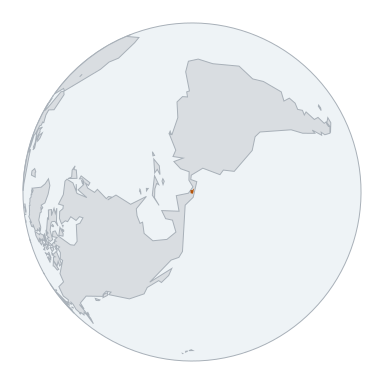 Cartago on an orthographic globe, rotated 253°
{"feature_id": "CRI-1327", "entity_name": "Cartago", "entity_type": "Province", "adm_level": 1, "iso_a3": "CRI", "parent_name": "Costa Rica", "parent_adm1": "", "projection": "orthographic", "projection_center": [-83.788, 9.802], "detail": "fine", "context": "on_globe", "style": "filled", "palette": "amber", "viewbox_px": 384, "rotation_deg": 253, "n_neighbors": 0, "source": "natural_earth", "source_scale": "10m", "svg_char_len": 8122}
<svg xmlns="http://www.w3.org/2000/svg" viewBox="0 0 384 384"><g transform="rotate(253 192 192)"><circle cx="192" cy="192" r="169" fill="#eef3f6" stroke="#a8b0b8"/><path d="M208.3,196.2L204.3,194.5L200.5,199.6L186.6,191.6L181.4,181.6L137.9,165.5L133.3,160.3L133.0,152.1L118.1,125.2L124.8,150.3L119.0,145.3L114.4,136.3L117.0,134.2L113.8,121.3L108.6,116.4L108.1,100.9L118.2,82.4L119.9,85.3L122.2,81.0L120.2,77.3L118.3,76.1L123.4,60.3L118.5,52.8L111.7,54.6L117.4,51.4L100.9,58.2L94.9,59.2L104.9,55.7L108.5,53.7L106.0,52.8L109.1,50.6L109.7,49.2L113.7,46.8L119.2,45.5L121.9,44.1L120.0,43.7L122.7,41.5L125.1,42.2L130.2,38.5L140.4,37.0L143.6,42.9L152.5,41.9L164.4,48.3L166.6,46.5L172.5,48.4L177.2,47.2L178.1,49.3L181.1,46.6L179.4,45.0L180.1,43.4L182.7,42.7L184.3,45.0L183.2,45.7L185.0,46.1L184.7,47.6L186.3,46.4L187.9,49.6L190.2,45.6L194.8,47.4L194.8,49.8L189.7,50.7L177.1,60.3L175.5,63.9L178.4,67.7L194.6,71.8L194.9,75.7L199.2,80.2L201.3,77.2L198.7,72.8L203.8,68.8L200.0,64.4L201.5,62.4L199.8,57.9L205.5,57.5L212.1,59.8L213.8,63.7L216.7,65.0L219.5,60.8L227.1,68.2L239.5,73.7L240.8,76.1L235.5,80.8L224.3,81.6L217.4,89.8L227.4,83.7L230.7,90.5L233.5,91.6L236.6,91.0L237.5,88.2L239.8,90.7L230.7,97.1L228.5,94.9L231.4,92.8L226.2,93.4L220.1,98.7L222.2,102.3L210.7,108.1L212.1,110.9L210.4,114.0L209.0,109.0L211.3,118.4L198.2,129.7L201.1,147.1L192.2,133.8L185.4,132.5L177.2,133.1L177.6,135.9L166.4,134.1L156.8,140.3L154.0,154.2L158.4,164.9L170.8,165.1L174.2,159.0L183.1,157.6L177.4,174.0L193.1,175.9L191.9,188.2L196.6,194.4L204.2,192.5L212.2,195.2L217.6,187.9L226.4,183.6L227.0,193.5L231.5,184.2L236.7,188.7L253.9,187.3L252.7,189.6L267.3,200.2L282.5,204.0L286.0,210.8L284.2,215.5L289.3,216.2L289.4,219.1L308.8,221.1L318.1,226.8L317.3,236.8L308.6,249.4L298.6,273.8L282.4,283.1L276.8,292.6L261.7,306.6L252.1,306.5L253.3,312.5L246.8,316.6L240.1,317.2L237.8,321.5L232.8,321.9L235.2,324.5L225.6,330.2L226.5,334.3L219.0,338.5L219.8,340.7L217.6,340.8L214.8,341.7L214.1,343.0L207.9,341.1L207.9,335.8L211.4,333.0L208.4,332.6L216.0,325.1L212.2,326.7L215.8,315.1L222.5,305.0L229.5,274.6L226.4,268.5L214.1,261.7L199.4,238.4L203.8,228.4L200.4,223.8L211.6,209.3L208.3,196.2ZM40.1,146.5L41.2,142.6L41.4,145.2L40.1,146.5ZM41.3,140.2L41.0,141.5L41.1,140.4L41.3,140.2ZM41.0,139.4L41.2,140.0L40.8,139.7L41.0,139.4ZM40.4,138.7L40.8,138.9L40.7,139.0L40.4,138.7ZM200.6,153.1L218.5,160.9L208.7,162.4L210.5,160.7L205.9,157.4L197.4,154.5L188.8,156.6L200.6,153.1ZM40.1,136.5L40.1,135.9L40.5,135.7L40.1,136.5ZM207.7,143.1L204.6,142.5L207.6,142.4L207.7,143.1ZM117.0,76.0L119.8,77.6L120.5,81.9L117.8,80.8L117.0,76.0ZM116.3,68.6L118.5,68.4L115.7,72.4L115.3,71.3L116.3,68.6ZM106.1,56.7L107.8,57.1L105.1,57.5L106.1,56.7ZM109.1,49.4L107.6,50.1L108.6,49.1L109.1,49.4ZM196.7,58.4L198.2,58.2L197.8,59.1L196.7,58.4ZM194.6,56.9L193.0,58.2L191.7,57.7L192.7,56.9L194.6,56.9ZM115.4,44.7L117.4,43.1L116.4,44.4L115.4,44.7ZM196.8,55.4L189.7,56.6L187.5,55.7L189.5,52.0L196.8,55.4ZM119.2,42.0L123.8,38.8L121.0,39.8L131.7,35.5L124.2,39.4L123.4,40.7L121.8,40.8L119.2,42.0ZM177.7,44.9L179.6,46.5L175.6,45.9L177.7,44.9ZM174.9,44.9L161.5,46.2L160.0,43.8L164.8,43.7L160.9,41.5L166.7,39.6L170.2,40.4L170.0,42.2L172.4,40.2L174.9,44.9ZM136.9,33.9L138.9,33.1L137.9,33.7L136.9,33.9ZM180.1,42.8L177.5,43.1L176.0,41.0L180.9,40.0L179.8,40.9L180.1,42.8ZM157.0,42.0L156.7,40.4L161.4,38.4L161.9,37.6L166.7,39.3L157.0,42.0ZM181.5,41.1L183.4,39.6L186.5,40.0L182.5,42.4L181.5,41.1ZM173.6,40.9L173.1,39.9L174.9,40.1L173.6,40.9ZM198.5,41.3L195.5,41.4L194.4,40.3L198.5,41.3ZM183.9,39.0L182.8,38.9L182.1,38.5L184.0,37.7L183.9,39.0ZM169.7,38.0L171.7,37.6L167.9,37.1L171.3,35.8L173.9,37.4L174.2,36.2L175.2,35.8L176.2,37.5L169.7,38.0ZM183.6,35.9L188.0,37.8L193.9,37.7L195.0,38.7L185.4,38.7L183.6,35.9ZM179.2,36.7L182.1,36.3L182.0,37.5L179.9,38.5L179.2,36.7ZM172.6,34.6L166.8,36.1L166.4,35.7L172.6,34.6ZM185.3,35.6L184.2,35.2L185.8,35.4L185.3,35.6ZM176.6,34.5L174.6,35.0L174.2,34.6L176.6,34.5ZM183.6,34.0L185.1,34.5L183.7,35.1L183.6,34.0ZM180.4,34.0L180.4,33.4L182.3,35.0L179.6,34.3L180.4,34.0ZM176.5,34.0L175.7,34.0L177.4,33.9L176.5,34.0ZM188.2,31.8L190.9,33.7L187.8,34.8L185.5,32.7L188.2,31.8ZM217.7,345.0L208.2,341.8L213.8,343.3L218.8,341.2L223.4,343.6L217.7,345.0ZM232.1,339.3L237.2,337.9L238.1,338.5L234.8,339.6L232.1,339.3ZM311.5,72.6L309.1,70.3L312.6,73.9L315.2,76.4L319.0,80.5L312.7,74.6L315.2,79.4L326.1,95.9L326.0,98.9L322.5,98.1L311.0,84.1L312.4,79.0L308.4,74.8L301.6,70.5L302.6,69.6L300.0,67.5L299.9,65.8L293.4,59.3L292.4,57.5L283.7,51.6L281.9,50.1L287.6,53.9L291.0,55.9L287.6,52.7L286.5,51.9L299.5,61.7L311.5,72.6ZM281.4,48.6L279.7,47.6L281.4,48.6ZM271.1,42.7L271.8,43.1L265.5,40.0L259.2,37.0L257.5,36.3L267.8,41.3L271.6,43.3L274.2,44.6L284.9,51.1L287.4,53.1L277.6,47.5L280.1,50.1L271.4,45.3L248.8,33.5L242.5,30.9L243.7,31.1L257.7,36.3L271.1,42.7ZM146.0,29.4L142.8,30.4L138.3,31.8L133.2,33.9L133.7,33.8L136.6,32.8L131.7,35.5L121.0,39.8L120.4,39.7L114.1,43.0L113.7,42.5L110.5,44.0L111.1,43.6L122.4,38.1L134.0,33.3L146.0,29.4ZM360.4,178.6L360.5,179.8L359.9,174.8L359.6,175.6L355.3,186.4L351.6,180.9L341.5,160.9L340.5,150.7L336.1,140.4L326.0,99.6L328.6,99.5L326.1,89.7L326.6,90.1L332.1,97.7L332.9,98.8L339.3,109.2L344.8,120.0L349.6,131.2L353.6,142.7L356.8,154.5L359.0,166.5L360.4,178.6ZM335.0,118.2L336.6,121.2L336.6,121.3L335.0,118.2ZM254.5,187.1L256.6,188.9L253.9,189.1L254.5,187.1ZM207.6,166.5L211.2,166.5L213.2,168.0L210.4,168.6L207.6,166.5ZM238.0,165.2L242.1,165.9L237.9,166.9L238.0,165.2ZM221.2,161.9L234.7,165.1L226.6,168.4L218.0,166.5L223.8,165.4L221.2,161.9ZM206.4,148.8L208.8,149.4L208.2,151.2L206.4,148.8ZM209.9,143.0L209.0,143.2L207.7,141.8L209.9,143.0ZM231.2,90.1L232.0,89.7L235.2,89.7L233.9,91.0L231.2,90.1ZM248.0,83.8L251.2,87.9L248.0,85.6L246.9,87.8L238.7,86.0L241.1,77.2L241.5,81.3L248.0,83.8ZM228.5,82.0L233.4,83.6L227.9,82.2L228.5,82.0ZM285.8,59.3L287.9,59.8L291.0,62.4L292.3,66.1L287.8,62.2L285.8,59.3ZM290.1,60.0L280.0,54.3L278.8,52.2L281.2,54.3L281.4,53.5L285.3,56.6L294.0,60.9L297.3,63.6L297.9,68.0L295.9,64.8L294.0,64.3L290.1,60.0ZM256.5,47.7L252.1,46.4L255.1,43.4L258.9,45.1L260.4,48.4L256.9,48.5L256.5,47.7ZM201.7,49.2L199.8,49.7L199.4,49.0L200.6,47.9L201.7,49.2ZM197.2,41.5L209.4,46.2L207.9,46.9L216.8,49.4L216.3,52.5L210.5,50.7L216.8,55.3L211.4,55.0L216.1,58.0L203.2,53.7L198.6,53.9L204.0,52.3L204.6,49.3L203.5,48.1L196.8,45.1L187.2,44.8L186.2,42.2L188.1,40.5L190.3,40.1L190.2,41.8L193.2,40.2L194.8,42.4L197.2,41.5ZM211.0,28.5L210.0,29.5L216.3,28.8L217.9,30.1L218.5,30.0L221.6,31.2L226.6,32.5L226.5,33.1L228.5,33.4L230.6,34.4L233.2,35.1L234.1,36.6L237.4,37.7L236.0,37.9L241.4,39.4L237.8,39.0L240.2,40.6L242.4,40.1L240.7,49.1L242.8,54.0L246.6,58.6L239.8,58.0L231.9,53.7L224.6,48.2L223.5,43.9L220.6,44.7L219.3,43.0L222.1,43.1L216.9,42.0L216.6,40.7L210.0,37.3L202.7,37.1L200.1,36.1L202.8,35.5L198.4,35.0L201.6,33.4L199.9,32.7L201.3,30.8L207.5,30.5L205.1,29.8L206.0,28.6L211.0,28.5ZM188.8,31.2L195.8,30.0L200.1,30.3L195.8,33.7L196.9,34.5L194.3,37.2L188.1,36.8L189.4,36.0L189.2,35.2L191.2,35.6L189.5,34.7L191.3,33.7L190.4,32.8L192.9,32.6L188.8,31.2ZM325.0,87.8L324.1,86.7L323.9,86.4L325.0,87.8ZM319.5,82.1L318.9,81.2L322.7,85.5L322.9,86.0L319.5,82.1ZM315.4,77.3L318.6,80.8L317.0,79.2L315.4,77.3ZM286.7,53.0L285.7,52.1L286.8,52.8L288.9,54.3L286.7,53.0ZM229.9,28.7L228.6,28.7L227.5,28.4L222.3,27.8L220.7,27.1L223.2,27.1L229.9,28.7ZM227.3,27.7L225.3,27.5L225.7,27.3L227.3,27.7ZM219.2,26.6L219.2,26.2L219.9,26.9L219.2,26.6ZM194.1,23.1L194.5,23.1L192.1,23.1L190.5,23.0L194.1,23.1ZM211.2,24.4L214.0,24.7L213.6,24.8L211.2,24.4ZM137.7,33.3L138.7,33.1L136.9,33.7L137.7,33.3ZM156.2,26.9L158.9,26.3L156.6,26.8L156.2,26.9ZM161.1,25.9L160.3,26.0L160.7,26.0L161.1,25.9Z" fill="#d9dde1" stroke="#a8b0b8" stroke-width="1"/><path d="M191.6,191.6L191.8,191.5L191.8,191.4L191.7,191.3L191.7,191.2L191.9,191.2L192.0,191.2L192.2,191.3L192.5,191.5L193.0,191.5L193.3,191.5L193.3,191.8L193.2,192.1L193.0,192.4L192.8,192.6L192.8,192.8L192.9,193.0L192.6,192.8L192.4,192.7L192.4,192.8L192.2,192.8L192.2,192.7L191.9,192.6L191.8,192.4L191.7,192.4L191.5,192.2L191.4,192.2L191.2,192.1L191.3,192.0L191.3,191.9L191.3,191.7L191.5,191.6L191.6,191.6Z" fill="#f59e0b" stroke="#b45309" stroke-width="1.5"/></g></svg>